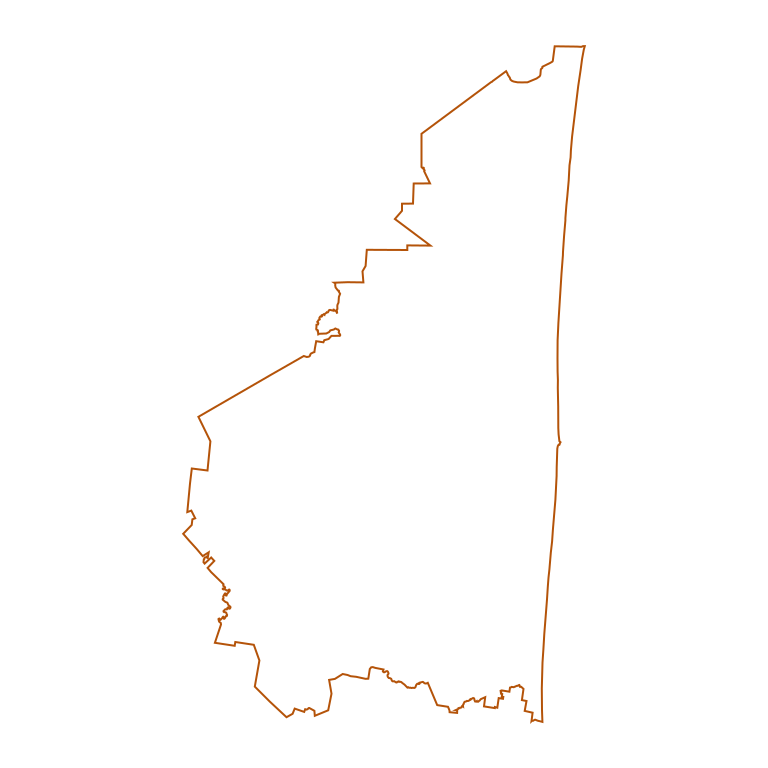 the district of Soto la Marina, Tamaulipas, Mexico
{"feature_id": "50627088B15970916420519", "entity_name": "Soto la Marina", "entity_type": "district", "adm_level": 2, "iso_a3": "MEX", "parent_name": "Mexico", "parent_adm1": "Tamaulipas", "projection": "robinson", "projection_center": [-98.042, 23.876], "detail": "fine", "context": "isolated", "style": "outline", "palette": "amber", "viewbox_px": 768, "rotation_deg": 0, "n_neighbors": 0, "source": "geoboundaries", "source_scale": "gbopen_adm2", "svg_char_len": 6075}
<svg xmlns="http://www.w3.org/2000/svg" viewBox="0 0 768 768"><path d="M328.2,710.3L331.5,693.7L329.1,679.9L334.9,678.9L342.7,674.0L347.6,675.0L350.6,676.2L356.2,676.8L365.4,678.8L368.3,678.7L369.8,669.0L371.2,667.3L372.8,667.1L375.3,667.9L383.5,669.5L382.9,671.5L383.7,672.2L384.1,672.3L384.8,672.1L385.9,671.4L387.0,671.1L387.4,671.2L387.9,671.7L388.5,673.3L388.5,673.7L387.5,675.1L387.6,676.2L387.9,677.0L388.8,678.0L390.1,678.2L391.2,678.8L391.9,680.7L392.4,681.1L392.9,681.4L394.2,681.2L396.0,682.4L396.5,682.5L396.9,682.4L397.3,681.8L397.7,681.7L399.1,681.8L399.1,681.5L401.4,682.1L402.2,682.9L404.5,684.6L407.4,687.6L408.1,687.2L408.5,687.5L409.2,687.8L410.1,687.6L411.3,688.0L412.7,687.8L414.6,687.9L415.4,687.2L416.2,685.0L417.0,684.0L417.4,683.7L418.8,684.0L419.3,683.9L419.6,683.6L419.3,682.8L419.5,682.7L422.8,681.9L423.4,682.2L424.4,683.2L425.4,683.5L426.6,683.4L427.8,682.8L437.2,705.1L448.0,706.8L449.3,709.9L449.5,710.7L449.6,712.2L457.1,712.9L457.2,710.3L455.7,710.1L458.1,709.0L458.3,708.8L458.5,708.1L459.7,708.2L460.2,707.6L461.4,707.5L461.7,707.2L462.1,706.0L462.6,705.7L463.0,706.1L462.9,705.2L463.2,704.6L463.5,704.4L463.6,703.7L464.6,701.8L466.2,701.4L466.9,700.9L467.6,701.0L468.4,700.9L469.3,700.4L470.3,699.2L470.5,699.1L470.8,699.5L471.3,699.0L473.1,698.0L474.1,698.4L474.4,699.3L474.5,700.2L475.1,701.5L476.1,701.6L476.9,701.0L477.2,701.7L478.3,701.7L478.9,701.0L479.6,700.6L480.7,699.2L485.2,697.2L484.0,706.4L494.8,708.1L494.9,707.0L497.3,707.7L498.7,698.1L503.0,698.8L503.3,696.9L501.8,696.6L502.2,694.0L501.0,693.7L501.2,692.2L500.8,692.2L500.6,690.8L501.7,690.4L509.4,691.7L510.0,687.6L510.9,687.4L511.6,686.9L513.8,687.2L514.7,686.7L515.3,686.6L516.5,685.9L517.8,685.8L518.4,685.3L519.3,685.0L519.6,685.4L519.7,686.2L520.0,686.5L520.1,686.9L521.2,686.8L523.5,688.9L521.9,700.1L526.5,701.0L524.7,710.9L532.6,712.7L531.5,721.2L532.0,720.7L533.0,720.8L534.7,719.8L535.2,719.7L537.7,720.7L542.4,721.9L542.0,710.1L541.8,688.5L542.5,662.6L543.4,649.2L544.3,633.9L547.0,599.4L547.8,586.8L548.5,577.7L549.4,569.5L550.8,552.8L552.1,541.4L552.9,529.7L555.4,499.8L556.6,476.0L556.7,467.3L557.3,448.6L557.8,446.1L558.5,444.9L559.3,444.9L559.5,444.7L559.3,444.4L560.5,442.2L559.4,441.2L558.6,434.4L558.3,428.1L558.2,406.6L557.8,387.9L557.9,380.0L557.6,371.6L557.5,358.0L557.6,340.3L558.4,322.8L561.5,273.6L562.9,255.4L563.0,251.8L564.1,235.7L565.4,220.4L565.4,218.2L566.4,205.1L567.3,196.3L568.7,180.6L569.5,165.3L570.6,157.4L570.9,150.4L572.1,136.5L578.2,86.2L580.6,70.1L582.1,58.8L583.8,49.6L584.8,46.1L583.1,46.1L581.5,46.8L580.3,46.8L577.0,46.6L554.7,46.3L552.8,60.9L552.4,61.6L550.4,62.8L542.5,66.7L542.3,67.0L542.4,67.6L542.2,68.1L541.1,69.0L540.8,69.7L540.4,74.5L540.2,75.3L539.6,76.4L536.6,78.5L527.5,82.3L521.8,82.4L517.5,82.3L513.9,81.6L512.2,81.0L511.1,80.2L510.4,79.5L509.7,77.4L509.0,76.7L508.4,75.5L508.0,75.2L507.3,73.3L506.1,71.2L493.6,80.4L492.8,80.9L492.1,81.7L491.0,82.2L421.5,133.8L421.5,167.0L421.7,167.3L422.0,167.4L422.6,168.2L423.5,167.7L423.7,167.8L423.6,168.5L424.0,169.1L423.9,169.7L424.6,170.3L424.2,171.3L430.0,183.4L413.7,183.5L413.0,203.6L402.0,203.7L402.0,210.8L394.9,219.0L430.4,245.6L407.3,245.4L407.3,250.0L366.8,249.8L365.6,266.0L362.5,271.3L363.4,282.4L347.5,282.2L334.2,282.7L334.8,283.1L335.3,283.8L335.2,285.4L335.6,287.5L337.9,290.5L338.5,290.5L338.8,290.7L339.0,291.0L338.9,291.8L340.1,293.8L338.9,296.9L338.5,302.6L337.5,304.7L337.3,305.9L337.4,309.0L336.7,309.8L337.1,312.7L336.9,312.8L336.1,311.2L334.6,310.5L333.8,309.6L333.6,309.6L333.4,310.7L330.0,309.9L329.2,310.1L328.6,310.8L328.5,311.4L327.9,312.3L327.2,312.5L326.7,312.3L326.4,312.8L324.7,314.0L324.5,314.8L323.8,314.3L323.6,314.6L322.1,315.0L321.7,315.3L322.1,316.1L321.8,316.5L321.5,316.6L321.2,316.3L320.2,316.6L319.5,317.6L319.3,318.2L319.8,319.2L319.7,319.5L318.4,320.2L318.0,321.1L317.3,321.8L317.4,322.2L318.2,322.8L318.3,323.5L317.9,324.5L316.5,324.7L316.4,326.0L316.5,326.6L316.2,329.0L316.5,329.7L317.3,329.9L317.9,330.4L317.7,331.5L318.0,331.7L318.2,333.8L318.3,333.7L318.6,334.0L318.7,333.8L326.3,333.5L329.2,332.0L330.3,330.4L333.9,329.5L334.9,328.7L335.5,328.5L336.7,329.2L338.3,329.6L338.4,330.1L339.0,330.6L339.1,331.0L338.7,332.5L340.1,334.5L340.2,335.3L340.1,335.6L339.5,335.9L339.1,335.8L331.4,335.9L328.6,339.0L324.3,340.2L323.4,342.3L316.2,341.2L314.9,348.4L314.4,352.1L313.3,352.4L310.9,353.6L310.2,354.6L310.1,355.5L309.6,356.2L308.7,356.7L306.8,357.0L303.8,356.0L271.3,374.6L198.4,416.8L210.4,441.3L207.5,470.5L191.8,468.5L190.0,483.6L187.3,512.1L191.3,510.6L195.2,518.3L192.4,519.3L191.7,525.0L183.2,533.8L189.1,540.6L196.9,549.2L202.7,556.1L208.7,552.3L207.7,558.0L207.4,557.8L207.4,556.7L207.1,556.4L206.8,556.5L206.2,557.4L205.0,557.4L204.6,557.8L204.3,558.2L204.2,559.2L203.8,559.4L203.5,562.2L204.6,563.6L211.2,557.5L212.8,559.3L214.3,560.9L207.6,567.9L211.1,572.1L223.5,584.2L223.3,584.5L223.2,585.0L223.4,586.0L224.5,586.6L225.1,587.4L225.0,587.8L224.7,588.2L222.8,588.6L222.8,589.1L223.3,589.4L224.8,589.4L225.5,589.6L226.5,590.4L227.4,590.6L228.0,590.4L228.7,589.7L229.4,589.6L229.6,589.9L229.7,590.6L229.6,591.0L227.0,594.1L226.5,595.5L226.0,595.5L225.5,595.2L225.5,593.5L225.2,593.4L224.9,593.5L223.6,595.6L223.2,596.7L223.5,597.6L223.4,598.5L222.8,598.9L222.7,599.6L223.3,600.2L225.5,602.0L226.8,602.4L227.4,602.8L228.2,604.7L229.1,605.8L230.3,606.6L230.5,607.3L230.2,608.1L229.8,608.6L229.3,608.7L228.7,608.3L228.3,607.6L227.8,607.5L227.4,607.9L227.3,608.9L226.8,609.4L225.9,609.2L225.1,609.4L223.5,611.1L223.6,611.7L224.1,612.1L225.0,612.1L225.9,612.5L226.3,612.9L226.5,613.7L227.1,614.9L226.9,615.9L226.6,616.1L225.8,616.2L225.2,617.7L224.5,618.6L224.1,618.8L223.7,618.6L223.4,618.3L223.5,616.9L223.2,616.7L222.7,617.1L222.5,617.7L220.4,619.9L219.9,619.8L219.3,618.6L218.6,618.8L218.5,619.4L219.1,621.6L220.8,623.0L221.0,624.5L214.9,642.8L234.7,645.8L235.3,642.0L253.8,644.8L259.4,660.5L254.8,686.6L269.8,701.6L286.5,717.2L292.6,713.8L294.7,708.6L304.2,711.9L305.2,709.2L306.5,709.6L307.6,709.2L308.6,708.1L309.3,708.0L314.4,710.8L314.8,715.8L328.2,710.3Z" fill="none" stroke="#b45309" stroke-width="2"/></svg>